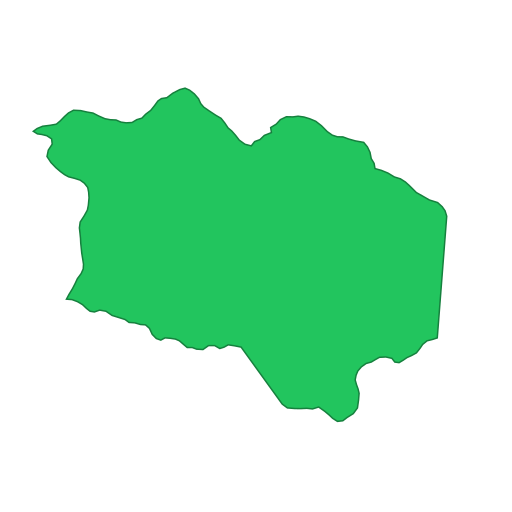 outline of Patis, Minas Gerais, Brazil, rotated 349°
{"feature_id": "56859067B88013883399000", "entity_name": "Patis", "entity_type": "district", "adm_level": 2, "iso_a3": "BRA", "parent_name": "Brazil", "parent_adm1": "Minas Gerais", "projection": "orthographic", "projection_center": [-44.124, -16.088], "detail": "fine", "context": "isolated", "style": "filled", "palette": "green", "viewbox_px": 512, "rotation_deg": 349, "n_neighbors": 0, "source": "geoboundaries", "source_scale": "gbopen_adm2", "svg_char_len": 2462}
<svg xmlns="http://www.w3.org/2000/svg" viewBox="0 0 512 512"><g transform="rotate(349 256 256)"><path d="M61.7,262.2L67.1,263.7L72.1,266.8L76.4,270.6L79.6,275.1L82.6,278.6L86.7,280.1L92.2,279.3L98.2,281.6L103.4,286.9L110.3,290.6L115.4,293.4L118.7,297.0L124.3,298.5L129.5,301.2L134.4,302.5L137.6,306.7L139.2,313.2L142.4,318.0L146.5,320.4L151.1,319.0L156.1,320.4L161.1,322.2L164.6,324.6L167.8,328.7L171.0,332.7L176.0,333.7L179.9,336.1L186.1,337.7L192.3,334.9L198.4,336.1L202.8,339.9L207.2,339.4L211.8,337.9L217.9,340.1L224.0,342.6L253.5,406.4L257.8,411.1L264.9,413.1L270.6,414.3L276.8,415.2L282.3,416.9L288.7,416.2L293.7,421.4L297.6,426.2L300.3,430.0L304.4,433.9L309.8,434.3L314.6,431.9L321.4,429.3L326.6,424.5L329.2,416.9L331.0,410.5L330.8,405.9L330.1,401.5L329.7,396.6L331.5,392.1L334.0,388.3L338.3,384.9L343.6,382.5L348.9,382.1L353.3,380.5L357.8,379.0L364.2,379.9L369.9,382.4L372.0,386.6L376.1,388.0L380.5,386.4L384.9,384.5L389.7,383.4L395.0,381.7L399.5,377.8L402.7,374.6L407.7,371.9L413.3,371.6L418.3,371.0L450.8,253.4L450.2,247.7L448.2,243.2L444.5,238.2L436.9,234.1L430.8,228.8L425.5,224.3L422.6,220.0L420.0,216.2L416.8,211.9L412.5,207.8L406.9,204.8L401.4,199.8L395.3,195.8L389.5,192.9L389.6,187.6L387.7,182.4L387.7,176.0L386.2,170.2L383.4,165.0L375.6,162.0L369.2,158.8L364.1,155.7L358.6,154.5L353.9,151.9L349.7,147.5L345.1,140.6L340.3,135.1L334.9,131.5L329.6,128.7L324.0,126.8L318.8,126.5L312.4,125.1L305.9,126.8L301.1,130.4L294.9,132.7L294.7,137.8L287.2,139.2L282.1,142.5L276.5,143.4L272.4,147.0L266.5,144.2L261.7,139.1L259.0,133.7L256.0,128.6L253.0,124.9L250.7,119.4L248.0,114.2L243.3,110.1L237.4,104.3L233.1,99.9L230.8,95.8L229.6,90.7L226.4,85.1L222.4,80.5L218.4,77.7L212.9,78.1L205.4,80.3L198.7,83.6L193.2,83.4L189.3,85.1L184.9,89.2L180.4,93.0L174.7,95.8L170.3,98.9L165.0,99.4L159.8,101.3L154.0,100.5L149.0,98.8L144.6,95.8L138.9,94.4L133.9,92.4L128.1,88.4L123.3,84.6L117.5,82.4L111.6,79.8L104.7,78.1L99.2,79.8L94.7,82.5L89.8,85.9L85.2,88.5L78.9,88.4L71.3,87.9L65.5,89.1L61.2,91.1L64.7,94.4L68.8,95.8L73.6,98.0L77.7,102.0L77.3,107.3L72.3,112.5L69.8,118.5L72.6,125.2L76.4,131.1L80.2,135.9L83.6,139.6L87.1,142.5L92.8,145.2L97.9,148.0L101.4,151.8L103.9,156.6L103.9,161.4L103.2,167.0L101.1,174.2L99.2,178.8L95.0,183.8L89.9,189.1L88.0,194.7L87.6,199.7L87.1,205.2L86.4,210.0L86.0,214.5L85.5,219.8L85.3,226.4L85.1,231.2L83.9,235.8L81.0,239.9L76.4,244.1L72.9,248.9L69.5,253.2L65.2,257.9L61.7,262.2Z" fill="#22c55e" stroke="#15803d" stroke-width="1.5"/></g></svg>